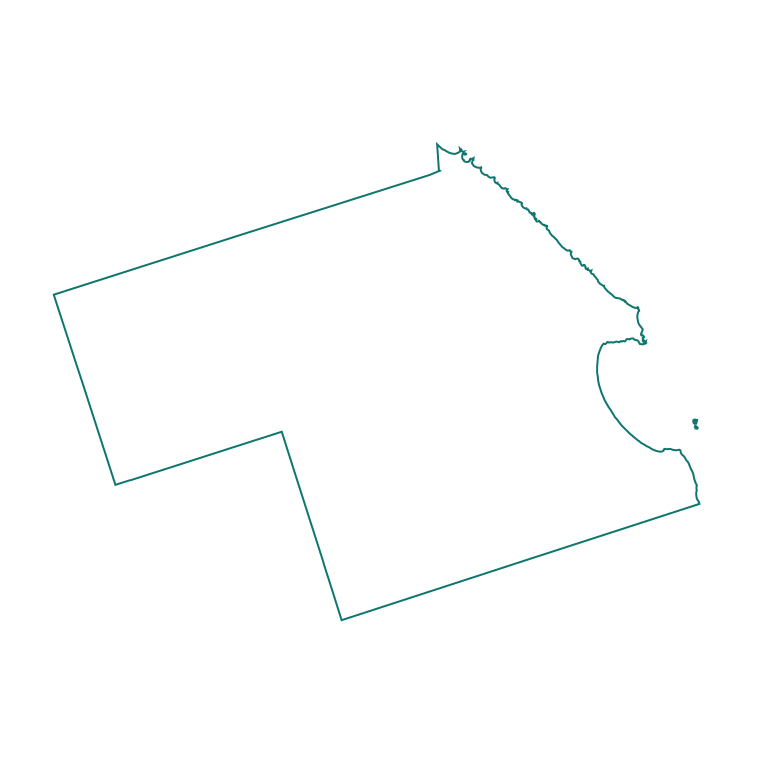 outline of Robe, South Australia, Australia, rotated 162°
{"feature_id": "25037944B13028513234480", "entity_name": "Robe", "entity_type": "district", "adm_level": 2, "iso_a3": "AUS", "parent_name": "Australia", "parent_adm1": "South Australia", "projection": "orthographic", "projection_center": [139.804, -37.186], "detail": "fine", "context": "isolated", "style": "outline", "palette": "teal", "viewbox_px": 768, "rotation_deg": 162, "n_neighbors": 0, "source": "geoboundaries", "source_scale": "gbopen_adm2", "svg_char_len": 6106}
<svg xmlns="http://www.w3.org/2000/svg" viewBox="0 0 768 768"><g transform="rotate(162 384 384)"><path d="M121.1,172.5L121.0,173.4L121.1,175.1L121.4,176.5L121.8,177.5L121.9,178.8L121.2,182.5L120.2,185.1L119.3,186.4L119.2,187.8L118.5,189.9L117.7,191.0L118.2,193.3L118.3,197.4L117.7,203.1L117.8,205.6L118.4,208.3L118.7,214.1L119.1,216.0L120.0,217.9L120.9,222.1L122.4,224.7L122.9,226.2L122.9,227.7L122.6,228.9L122.8,229.5L123.4,230.2L126.8,230.7L129.6,232.1L131.5,233.6L133.1,234.2L135.3,234.6L136.7,235.5L137.6,235.5L138.3,235.1L138.5,234.4L138.8,234.2L140.4,233.9L141.8,234.1L144.0,235.1L147.4,237.5L149.7,239.7L151.3,241.8L153.7,244.0L155.5,246.3L157.6,248.4L159.0,250.8L159.9,251.8L161.2,253.9L162.0,255.0L166.3,262.1L167.2,264.2L167.9,265.3L170.9,271.3L173.6,279.0L174.6,281.0L175.4,285.0L176.2,287.7L176.3,288.6L177.6,292.9L179.1,300.2L179.8,307.9L179.8,316.7L179.2,321.2L178.3,325.5L177.8,328.9L175.9,334.7L171.7,344.7L169.4,347.9L166.2,351.8L164.4,353.5L162.7,354.5L161.3,353.6L159.7,354.1L158.6,354.9L158.1,354.8L157.1,353.8L155.3,353.6L153.2,352.6L149.7,352.5L147.4,351.0L145.4,351.6L144.2,350.8L143.2,351.0L141.9,350.1L141.1,350.4L140.1,351.2L139.0,351.6L137.4,351.1L136.6,350.5L135.6,350.9L133.3,350.5L132.8,350.2L132.3,348.9L130.8,347.8L130.4,347.8L129.0,346.6L128.8,346.1L128.8,345.0L128.5,344.5L128.3,343.0L128.0,342.7L127.1,342.5L125.4,341.6L124.9,341.7L124.2,342.2L124.0,342.3L123.4,341.6L121.9,342.0L121.9,342.3L122.5,342.8L122.0,343.5L123.1,343.1L124.2,343.2L124.2,343.5L123.2,344.2L123.0,344.7L123.2,344.9L123.7,344.6L124.3,344.7L124.6,345.2L124.2,345.7L124.0,346.4L123.6,346.7L123.8,347.1L123.7,347.9L122.2,348.3L122.1,348.8L122.7,350.2L123.1,350.5L123.8,350.4L124.1,350.7L124.3,351.3L124.2,352.3L122.8,353.4L122.5,354.2L121.3,355.5L121.0,356.1L121.1,356.5L121.8,358.1L121.9,359.0L122.4,359.7L123.2,362.8L123.2,364.0L122.6,368.7L121.9,370.9L120.2,373.7L119.4,374.4L118.7,374.7L118.7,376.1L119.2,376.7L119.2,377.1L119.1,377.4L118.7,377.8L118.6,378.2L119.2,378.7L120.1,378.4L121.2,378.5L123.6,380.3L127.7,384.9L128.2,385.7L128.3,386.9L129.3,387.6L129.0,388.4L130.0,389.1L130.1,389.9L131.4,390.2L132.5,391.7L133.2,392.4L136.6,394.1L137.8,395.1L140.1,399.4L140.7,399.9L141.4,401.3L142.3,402.4L144.2,406.6L144.6,408.4L144.4,409.3L144.8,409.3L145.5,409.9L146.4,411.3L147.5,412.4L148.6,414.9L148.7,415.4L148.6,417.2L149.3,418.5L149.8,420.4L150.5,421.6L150.9,423.6L152.0,424.3L152.6,425.2L152.9,426.6L152.0,427.4L151.7,427.9L152.3,427.8L153.3,428.0L153.9,429.1L155.1,429.6L155.1,430.0L154.5,430.6L154.4,430.9L154.7,431.0L154.9,430.6L155.5,430.4L156.2,430.9L156.5,431.4L156.5,432.3L156.1,433.4L156.4,434.0L156.5,435.2L156.9,435.5L157.3,435.6L158.2,435.0L158.5,435.0L159.2,435.6L159.5,436.3L159.8,438.7L159.5,439.8L160.3,440.2L160.4,440.7L160.1,441.7L160.2,442.2L160.9,443.3L161.5,443.6L163.5,443.6L165.8,445.5L166.3,449.7L166.0,450.4L164.8,451.7L164.9,452.0L165.9,452.7L165.8,453.5L166.0,453.8L167.3,453.9L168.7,454.4L169.6,455.5L170.4,456.9L172.1,459.1L174.2,464.3L174.9,466.6L175.1,467.7L176.2,469.4L177.2,471.6L178.5,473.4L179.0,475.2L179.6,476.6L179.6,478.8L181.0,480.5L181.2,481.9L180.8,482.9L180.1,483.3L180.0,484.0L180.4,484.3L181.4,484.2L182.0,484.8L182.0,485.5L182.6,485.7L182.7,486.0L183.2,486.0L183.5,486.2L184.4,487.5L184.7,488.5L185.2,488.9L185.2,489.5L185.8,490.4L185.9,491.1L186.4,491.4L187.1,491.0L187.6,491.0L188.2,491.1L188.7,491.6L188.9,493.1L188.7,493.7L188.1,493.8L188.1,494.0L188.3,494.2L188.7,494.0L189.1,494.3L189.5,494.4L189.5,494.8L189.3,495.3L189.5,495.8L189.3,496.0L189.4,496.6L189.1,497.0L189.3,497.4L189.8,497.6L190.1,498.6L190.0,498.8L188.4,498.7L188.4,499.1L188.2,499.2L188.4,499.6L188.3,500.2L188.7,500.4L189.1,500.1L189.0,499.3L189.2,499.1L189.5,499.1L190.2,500.0L190.7,499.7L191.0,499.7L191.1,500.1L190.7,500.4L190.9,501.1L191.8,501.4L192.1,502.2L192.5,502.3L192.8,505.2L193.8,505.5L194.2,506.5L194.1,506.8L194.2,507.1L195.0,507.0L196.3,508.0L197.4,509.8L197.7,510.7L197.7,512.3L196.9,513.0L197.0,513.6L197.3,514.2L198.2,514.7L199.4,515.9L200.6,516.2L200.3,517.1L201.0,517.2L201.1,518.2L201.8,518.5L202.7,518.3L203.6,519.6L204.4,520.0L205.0,520.9L205.6,522.0L206.0,523.5L207.2,526.8L206.6,528.2L207.4,528.4L207.8,529.3L207.6,529.9L207.1,530.2L206.2,531.1L207.1,531.5L208.2,532.8L209.7,532.7L211.5,534.1L212.6,536.8L212.9,538.1L214.2,539.5L214.2,539.9L214.0,540.4L215.0,540.3L215.9,541.3L216.1,542.3L216.0,544.1L215.6,544.9L214.9,545.7L215.0,546.2L215.5,546.7L218.8,547.2L220.1,548.2L221.5,550.8L223.5,551.9L224.4,552.7L225.7,554.9L225.9,556.5L225.9,558.0L225.5,558.7L224.7,559.6L224.7,560.0L225.4,559.7L228.6,561.1L231.3,563.6L231.6,565.3L232.0,565.9L232.0,567.0L231.1,568.6L230.3,569.5L229.8,569.5L229.8,569.8L229.5,570.0L229.3,570.9L229.1,571.2L229.8,571.1L230.2,570.4L230.5,570.3L230.6,570.7L232.2,571.6L232.9,571.1L233.1,570.4L233.8,570.0L233.8,569.5L235.2,569.3L237.2,569.7L238.1,570.4L238.8,571.2L239.1,571.9L238.9,572.3L239.3,572.6L239.8,573.8L239.6,575.3L239.2,576.6L238.4,578.2L237.8,578.5L237.2,578.5L236.5,577.9L236.3,577.2L234.8,577.1L234.7,577.3L234.8,577.6L235.5,577.7L235.1,577.9L235.2,578.1L235.7,578.1L236.1,578.5L236.4,578.4L237.1,578.9L237.1,580.1L236.4,580.4L237.2,580.5L237.6,581.1L238.3,581.4L238.5,582.5L238.4,582.8L238.0,583.0L238.2,583.5L238.7,583.4L239.0,584.1L239.1,583.2L239.5,582.9L239.5,582.1L239.9,581.7L241.6,581.1L243.4,580.9L244.9,580.9L246.1,581.1L248.9,582.6L250.6,583.9L253.2,586.6L253.5,587.2L254.8,588.2L256.2,589.7L259.4,595.5L265.7,570.5L265.0,569.6L275.9,568.7L475.0,570.1L670.4,571.0L670.5,568.9L670.5,495.2L670.4,481.4L670.6,371.1L656.4,371.0L654.2,370.8L496.0,370.2L496.3,326.7L496.7,233.8L496.9,230.5L497.0,203.1L497.3,172.5L297.8,172.6L121.1,172.5ZM97.4,253.1L98.5,253.4L99.1,254.1L100.7,254.1L101.1,253.7L101.3,252.9L100.8,252.2L101.1,251.8L101.5,251.7L101.4,250.8L100.6,250.0L100.0,250.2L99.3,249.9L98.8,250.7L99.1,250.7L99.1,251.0L98.1,251.9L98.6,252.4L97.6,252.6L97.4,253.1ZM100.2,247.1L100.3,247.4L100.9,248.0L101.3,247.7L101.2,247.3L101.5,247.0L101.0,246.4L100.9,246.0L101.4,245.4L100.0,244.7L99.2,245.3L99.3,245.7L100.0,245.9L99.9,246.8L100.2,247.1Z" fill="none" stroke="#0f766e" stroke-width="2"/></g></svg>